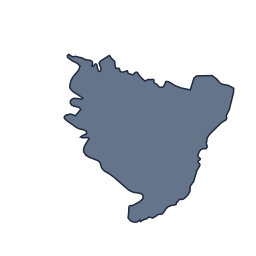 map outline of Sylhet (Equal Earth projection), rotated 115°
{"feature_id": "BGD-2488", "entity_name": "Sylhet", "entity_type": "Division", "adm_level": 1, "iso_a3": "BGD", "parent_name": "Bangladesh", "parent_adm1": "", "projection": "equal_earth", "projection_center": [91.663, 24.595], "detail": "fine", "context": "isolated", "style": "filled", "palette": "slate", "viewbox_px": 256, "rotation_deg": 115, "n_neighbors": 0, "source": "natural_earth", "source_scale": "10m", "svg_char_len": 3166}
<svg xmlns="http://www.w3.org/2000/svg" viewBox="0 0 256 256"><g transform="rotate(115 128 128)"><path d="M175.0,135.3L173.8,136.5L172.2,137.7L170.9,139.2L170.3,141.9L170.9,150.5L170.5,154.5L168.5,157.9L165.8,159.4L162.7,159.8L154.0,158.8L153.8,160.5L156.2,165.3L156.3,167.2L154.3,166.2L152.0,164.2L151.0,163.2L148.7,164.1L148.3,166.6L149.4,172.2L149.3,175.0L147.1,187.0L146.3,189.5L145.0,190.5L142.8,189.9L139.6,186.0L139.4,184.7L139.2,181.5L138.9,180.6L137.8,180.5L131.1,178.7L130.1,180.6L130.4,183.3L131.0,186.2L131.1,188.6L129.9,190.8L128.0,191.6L126.0,191.3L124.1,189.8L123.1,187.6L121.3,181.9L120.2,181.4L119.7,183.1L118.5,192.0L117.7,195.0L116.7,197.0L115.2,198.2L112.7,199.1L108.4,199.8L104.5,199.4L96.5,197.2L92.1,197.7L90.8,201.3L90.7,206.7L89.6,212.5L88.3,213.5L87.2,213.3L86.4,212.9L86.4,212.0L86.8,209.6L86.8,208.5L86.8,208.3L86.3,207.3L85.3,206.0L84.8,203.7L84.7,202.7L84.3,201.2L84.1,200.2L83.9,197.6L84.0,195.9L83.8,194.7L83.5,193.5L82.8,191.3L82.7,190.0L82.8,189.0L83.1,188.4L83.6,187.9L83.9,187.7L84.3,187.5L86.6,186.9L87.0,186.7L87.3,186.5L87.1,186.1L86.6,185.7L84.1,184.8L83.5,184.4L83.5,183.7L83.7,183.2L84.1,182.8L87.0,180.7L88.5,179.2L88.9,178.7L89.0,178.2L88.9,177.8L88.3,177.2L87.5,177.1L86.3,177.3L85.5,177.7L84.9,178.1L81.4,181.7L78.7,181.1L70.1,175.6L70.9,173.9L71.7,173.0L73.3,168.2L76.8,166.2L79.1,164.2L77.7,161.4L78.9,159.9L79.6,159.6L80.1,158.3L79.9,157.2L79.4,156.2L78.7,155.2L76.4,152.7L78.2,151.2L78.3,149.5L78.1,148.7L77.7,146.1L76.5,145.4L75.3,145.3L74.5,144.8L73.7,143.6L73.7,143.0L73.8,142.5L74.1,142.2L74.8,141.3L75.7,139.7L76.9,137.1L78.3,132.4L76.5,131.1L75.9,130.6L75.2,129.7L74.7,128.2L73.4,126.1L73.3,125.1L73.9,124.6L75.0,124.2L75.8,123.6L76.1,122.8L76.2,121.9L76.2,121.1L76.3,120.2L76.6,119.3L77.0,118.6L77.4,117.8L77.5,116.7L77.0,115.0L76.4,114.0L75.3,113.3L72.1,113.1L71.3,113.2L70.7,113.4L70.2,113.4L69.6,113.1L68.9,110.6L69.7,103.2L69.3,97.0L68.6,94.0L67.2,87.7L54.8,89.3L51.7,87.7L44.9,73.8L46.1,68.8L47.0,66.4L48.1,64.3L48.5,62.9L48.5,61.1L47.0,54.9L47.3,48.9L48.2,48.7L51.5,47.3L68.4,44.0L74.2,44.2L75.5,44.0L77.8,42.5L78.9,42.5L83.9,45.7L99.5,51.5L103.6,52.0L104.6,51.8L106.7,51.0L107.8,50.8L109.1,50.4L110.8,48.7L111.7,48.2L113.6,48.4L114.3,49.5L115.0,51.1L116.7,52.7L118.5,53.3L121.2,53.4L123.6,53.0L124.7,51.7L125.3,49.4L126.5,49.4L127.8,50.2L128.7,50.5L129.5,49.8L130.1,48.1L130.8,47.3L132.4,47.0L137.5,47.6L148.7,45.9L154.5,47.0L156.5,46.2L159.3,45.1L162.7,45.3L166.0,46.3L168.9,47.7L169.7,48.5L170.7,50.5L171.3,51.3L172.1,51.6L173.7,51.7L174.4,52.3L175.0,52.6L176.4,52.1L177.2,52.3L177.9,53.0L179.5,55.5L181.0,57.1L182.2,58.2L183.7,58.9L185.5,59.5L191.0,60.4L191.9,61.2L193.6,64.1L196.5,65.7L199.2,67.6L199.6,70.2L199.8,71.5L200.6,71.8L202.4,72.6L202.5,73.1L205.8,76.1L206.8,76.7L206.8,76.8L207.2,77.4L207.3,77.4L206.4,78.4L209.0,79.8L210.0,81.0L210.8,83.2L211.1,85.7L210.8,87.2L209.4,90.0L205.6,91.2L199.2,93.8L198.1,93.7L197.4,93.2L196.9,92.5L196.8,91.5L196.8,91.4L189.7,86.2L185.6,84.5L182.6,86.1L182.0,88.5L182.5,91.0L183.9,95.5L184.1,97.8L184.0,100.0L183.7,102.2L178.4,120.5L177.4,126.0L177.0,130.8L176.4,132.9L175.3,135.0L175.0,135.3Z" fill="#64748b" stroke="#1e293b" stroke-width="1.5"/></g></svg>